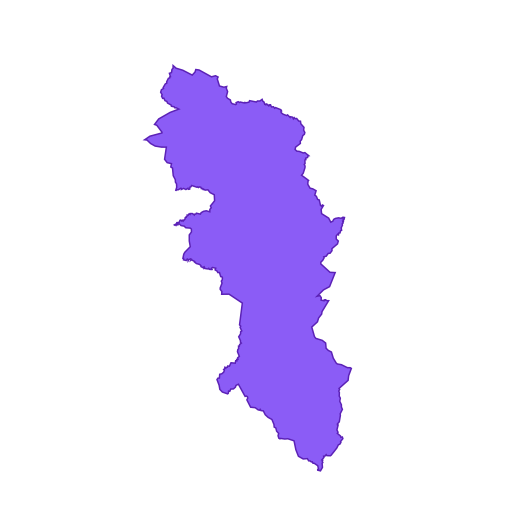 Gushegu, Northern, Ghana (orthographic projection), rotated 307°
{"feature_id": "2480657B56494255769768", "entity_name": "Gushegu", "entity_type": "district", "adm_level": 2, "iso_a3": "GHA", "parent_name": "Ghana", "parent_adm1": "Northern", "projection": "orthographic", "projection_center": [-0.233, 9.923], "detail": "fine", "context": "isolated", "style": "filled", "palette": "violet", "viewbox_px": 512, "rotation_deg": 307, "n_neighbors": 0, "source": "geoboundaries", "source_scale": "gbopen_adm2", "svg_char_len": 6133}
<svg xmlns="http://www.w3.org/2000/svg" viewBox="0 0 512 512"><g transform="rotate(307 256 256)"><path d="M362.1,96.2L360.3,85.7L357.9,79.2L358.2,75.2L356.0,76.8L354.5,76.6L351.6,78.1L349.8,76.9L347.8,79.7L347.4,79.3L346.3,79.9L345.2,79.1L341.4,79.8L340.4,80.7L338.8,80.0L334.6,80.5L334.1,81.3L331.9,80.4L329.4,81.3L328.4,83.9L326.8,84.4L325.7,86.6L326.6,87.4L325.3,89.8L325.8,91.8L324.9,93.3L325.5,97.3L324.7,98.3L325.9,100.9L325.5,102.2L326.3,102.8L326.9,106.0L319.0,101.0L306.9,95.8L300.0,95.8L300.7,98.1L298.3,106.4L297.6,106.8L287.9,99.2L281.8,97.1L283.0,99.2L282.4,104.1L283.1,109.3L286.1,115.0L289.0,118.9L278.2,124.8L277.1,128.9L278.9,132.9L275.8,134.4L276.0,136.4L270.3,141.6L268.4,145.6L266.5,147.2L265.8,149.1L263.2,151.3L259.6,152.6L261.0,152.5L260.9,153.5L261.2,153.0L262.3,154.2L264.5,154.9L265.0,155.6L264.2,156.3L266.4,157.5L266.9,160.0L269.2,160.9L268.6,161.9L269.5,162.8L271.2,161.8L272.1,162.4L273.6,162.2L275.4,167.5L276.2,167.9L276.0,168.8L277.3,169.4L277.7,170.7L276.9,171.8L277.6,172.5L277.3,173.7L277.8,173.7L278.0,175.7L279.9,177.7L279.0,181.3L279.8,185.8L275.2,189.7L268.5,189.5L267.6,191.2L265.5,191.1L263.5,192.5L262.2,189.1L260.1,187.2L257.6,186.1L256.0,186.4L254.3,182.6L253.2,182.7L252.2,181.5L251.6,181.9L251.6,179.6L250.3,177.9L249.5,178.3L249.3,177.2L247.9,177.3L247.4,176.5L246.6,177.6L246.7,176.9L245.5,176.5L244.9,177.1L244.0,176.4L242.7,177.1L240.2,176.8L240.6,176.0L239.3,175.7L239.5,174.4L238.8,173.8L236.6,174.4L235.0,172.7L234.3,173.2L231.7,172.1L231.8,173.0L232.6,173.0L233.4,173.7L233.1,174.1L233.9,174.1L234.0,174.8L234.6,174.6L235.5,175.7L235.2,177.8L236.6,180.6L236.3,182.9L238.7,186.7L238.6,188.2L236.3,190.0L232.7,190.0L227.8,193.7L223.9,197.9L216.2,196.9L214.0,197.2L210.2,199.0L210.5,199.6L209.3,200.4L210.4,203.0L212.2,202.9L212.3,203.8L211.3,204.7L212.7,204.6L214.4,205.5L214.5,206.4L213.5,206.6L214.1,206.8L214.7,210.3L214.2,210.4L214.1,212.9L215.3,216.0L215.2,217.8L214.4,218.4L214.8,220.7L215.3,220.7L214.8,221.8L215.8,221.7L215.3,222.3L215.7,223.6L216.8,225.5L217.7,225.7L217.3,226.8L218.4,228.6L218.8,229.0L219.4,227.8L220.7,228.2L222.0,231.2L220.3,231.7L220.5,234.0L219.8,235.5L220.8,236.8L218.3,240.2L218.9,241.1L218.3,242.4L216.6,243.4L215.1,243.4L213.9,245.2L209.0,246.6L207.8,247.5L207.1,250.1L204.8,251.6L209.3,257.4L210.2,273.4L191.1,284.3L190.8,286.0L189.4,286.3L187.6,289.7L186.3,289.3L184.6,290.5L181.1,290.8L178.9,294.7L177.8,295.4L177.6,296.7L175.5,296.2L174.0,296.9L173.5,296.3L171.5,297.9L170.3,297.8L168.4,298.8L165.8,303.1L163.7,302.6L162.6,303.8L161.8,302.8L160.8,303.8L160.1,302.8L157.9,303.9L155.7,300.3L152.0,301.1L151.1,299.6L149.9,300.1L149.0,299.2L148.2,299.4L148.4,298.2L146.7,298.8L145.9,298.5L145.7,299.5L143.9,300.1L141.4,299.6L139.7,298.2L136.5,300.2L135.5,299.1L133.8,299.2L130.6,304.3L127.7,307.4L127.1,311.0L128.8,316.3L129.7,316.5L131.6,315.4L132.2,316.5L134.5,315.9L136.3,318.0L138.9,318.5L140.6,317.9L143.0,319.1L137.3,331.8L138.3,332.5L138.5,333.8L137.6,334.9L135.6,335.3L132.0,342.7L134.4,346.7L134.4,350.3L135.0,351.6L136.0,351.6L135.5,352.9L136.7,355.1L134.8,358.9L134.4,362.7L135.0,367.1L132.3,371.7L130.3,373.5L130.6,375.3L128.5,377.9L128.0,380.8L125.7,381.8L124.2,383.9L124.4,385.2L125.1,385.4L127.2,389.2L129.2,391.4L131.3,397.6L125.3,404.4L121.6,410.4L122.3,415.8L125.1,419.0L124.1,421.3L124.9,422.6L124.8,424.1L125.5,424.8L124.8,426.2L125.5,427.3L125.7,431.5L123.1,434.6L122.6,433.8L122.1,434.2L123.2,436.8L127.2,436.3L130.3,433.5L131.2,433.7L132.0,432.4L133.0,432.2L132.8,431.3L136.0,431.5L136.8,430.5L137.7,431.5L139.6,431.6L139.2,432.7L141.2,435.6L142.1,435.9L151.2,436.1L154.8,435.4L156.1,436.2L158.2,436.0L158.7,435.2L162.4,435.3L163.4,433.9L162.3,432.9L163.1,431.8L163.3,427.7L164.6,427.6L165.8,425.3L170.4,423.3L170.1,422.8L170.8,422.1L173.7,422.3L179.5,419.3L180.6,418.2L185.5,417.3L186.8,415.1L188.6,413.7L190.4,410.3L193.2,408.9L194.2,406.8L197.2,404.7L197.9,403.4L199.8,403.1L200.2,402.0L212.1,404.4L216.2,402.0L223.6,399.8L223.5,398.5L221.8,396.1L220.6,389.6L218.7,385.9L218.8,384.4L220.9,379.2L224.7,374.0L224.1,370.5L224.5,367.5L228.4,364.0L228.5,359.7L226.2,353.3L226.8,351.2L232.8,343.3L240.4,344.7L244.2,343.3L249.1,343.4L251.3,342.2L264.0,340.9L263.0,339.5L262.9,337.8L262.3,337.2L262.1,337.8L261.3,337.4L259.9,334.6L262.0,333.2L262.8,330.9L260.6,329.0L269.6,330.3L275.8,333.2L290.4,329.2L287.5,324.9L288.7,312.5L290.0,311.5L292.7,311.9L295.5,311.5L296.1,310.6L298.1,312.2L301.5,312.1L302.8,313.5L306.0,313.5L307.6,312.2L314.7,313.8L317.5,312.7L317.8,309.9L320.3,308.0L322.6,308.1L322.6,309.1L324.1,308.3L325.0,309.2L327.1,308.3L328.0,308.9L329.8,307.1L332.6,306.5L333.5,305.5L334.7,305.7L335.8,304.5L335.9,305.1L336.7,304.8L338.0,303.3L338.4,304.2L340.0,303.5L339.3,302.1L337.3,301.3L336.2,299.0L333.8,296.8L332.0,296.0L330.1,296.4L328.0,295.4L330.0,291.2L329.3,282.9L332.4,280.0L336.9,279.5L336.7,278.3L335.3,278.5L335.2,277.1L338.8,272.8L338.3,271.1L340.0,268.3L340.0,266.3L344.3,264.7L343.8,260.9L342.7,258.3L344.5,254.1L347.1,252.5L348.0,252.5L347.9,243.8L350.5,243.9L355.9,242.0L357.3,241.1L358.2,239.4L359.4,239.5L361.5,237.7L362.6,237.3L363.0,237.8L364.0,236.8L365.7,237.9L367.2,237.3L367.8,237.8L368.0,232.8L366.7,231.7L365.6,227.6L364.3,225.5L364.6,223.1L366.8,222.1L372.6,223.7L374.3,222.2L376.3,222.4L380.3,220.9L382.3,221.4L384.0,220.7L385.2,218.3L387.6,216.9L388.6,212.2L390.4,210.4L389.5,208.9L390.3,205.7L389.2,204.6L389.5,203.3L388.0,203.3L388.9,201.7L387.9,199.6L387.2,199.8L387.7,196.3L386.6,195.9L385.6,192.5L385.6,189.9L386.7,188.8L387.2,189.1L387.8,187.8L386.3,182.3L385.2,182.0L385.7,180.1L384.4,178.7L385.2,177.0L384.4,176.3L385.2,176.2L384.6,175.5L383.6,175.7L383.7,173.6L383.0,173.0L383.6,172.8L382.4,171.7L383.8,169.7L383.7,168.3L384.8,166.6L382.1,165.8L380.7,163.9L379.2,163.6L376.2,157.4L374.6,157.8L372.0,155.5L372.0,154.7L371.2,154.6L369.5,150.8L368.7,150.5L368.5,148.9L366.5,147.8L365.6,148.9L364.7,148.7L363.3,145.3L363.7,143.4L365.2,141.6L364.8,138.3L365.5,136.3L370.2,134.4L372.2,131.2L373.7,130.6L371.5,128.8L369.8,124.5L374.1,118.5L376.1,118.0L375.6,115.2L372.3,112.6L370.3,98.6L368.7,95.7L366.2,96.6L362.1,96.2Z" fill="#8b5cf6" stroke="#5b21b6" stroke-width="1.5"/></g></svg>